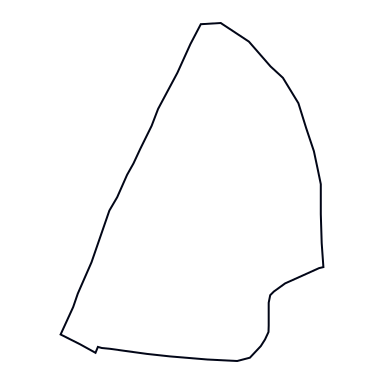 outline of Tokelau, Tuvalu
{"feature_id": "33948139B19448829688587", "entity_name": "Tokelau", "entity_type": "district", "adm_level": 2, "iso_a3": "TUV", "parent_name": "Tuvalu", "parent_adm1": "", "projection": "natural_earth1", "projection_center": [176.32, -6.281], "detail": "fine", "context": "isolated", "style": "outline", "palette": "ink", "viewbox_px": 384, "rotation_deg": 0, "n_neighbors": 0, "source": "geoboundaries", "source_scale": "gbopen_adm2", "svg_char_len": 701}
<svg xmlns="http://www.w3.org/2000/svg" viewBox="0 0 384 384"><path d="M260.8,346.1L265.0,339.5L268.5,332.0L268.7,325.7L268.7,318.3L268.7,310.7L268.7,302.7L270.2,295.2L273.9,291.5L285.1,283.4L319.1,268.1L323.4,267.1L321.7,243.2L320.8,214.2L320.8,184.2L317.8,169.6L313.9,151.2L306.2,128.2L298.4,103.2L282.9,77.8L270.5,66.4L248.9,41.6L220.7,23.0L200.8,24.2L190.4,44.1L177.4,72.8L158.1,108.9L151.6,125.9L140.2,149.0L133.5,163.4L127.1,174.8L117.2,197.2L109.4,210.5L91.5,262.3L77.8,293.6L73.2,307.0L60.6,334.5L80.1,344.3L95.5,352.8L97.9,346.9L101.8,348.0L110.0,348.8L125.7,351.0L146.9,353.9L169.9,356.4L207.3,359.5L237.2,361.0L249.9,357.7L260.8,346.1Z" fill="none" stroke="#020617" stroke-width="2"/></svg>